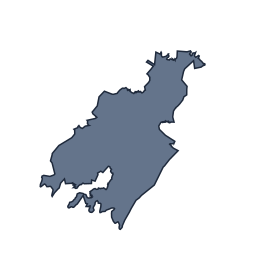 outline of Tepecoacuilco de Trujano, Guerrero, Mexico, rotated 28°
{"feature_id": "50627088B4261822840541", "entity_name": "Tepecoacuilco de Trujano", "entity_type": "district", "adm_level": 2, "iso_a3": "MEX", "parent_name": "Mexico", "parent_adm1": "Guerrero", "projection": "equal_earth", "projection_center": [-99.467, 18.127], "detail": "fine", "context": "isolated", "style": "filled", "palette": "slate", "viewbox_px": 256, "rotation_deg": 28, "n_neighbors": 0, "source": "geoboundaries", "source_scale": "gbopen_adm2", "svg_char_len": 5859}
<svg xmlns="http://www.w3.org/2000/svg" viewBox="0 0 256 256"><g transform="rotate(28 128 128)"><path d="M74.7,210.9L75.1,212.3L75.7,212.4L76.2,213.2L76.8,215.4L77.1,218.8L78.0,220.9L78.4,221.0L78.7,220.7L80.5,216.7L80.9,216.6L82.0,216.8L83.9,217.9L85.0,217.3L86.5,216.1L87.2,215.9L90.5,217.4L91.0,218.1L92.1,222.5L92.5,223.5L93.2,224.0L93.5,219.8L94.8,214.8L95.4,213.3L94.4,208.2L95.8,202.8L99.0,206.5L104.0,203.4L104.8,202.5L105.1,203.2L105.8,202.8L106.2,203.7L107.0,202.1L107.0,203.0L107.2,202.7L108.0,202.7L107.7,203.1L107.7,204.3L108.6,204.2L108.3,204.6L108.6,204.9L108.1,205.4L107.9,206.0L108.3,205.7L108.6,205.9L109.6,205.7L110.1,205.9L110.5,205.7L111.3,204.8L111.4,204.3L111.2,203.3L111.5,202.8L111.5,202.1L112.4,200.3L113.1,200.2L114.1,197.8L115.5,197.8L121.8,194.2L120.3,191.0L123.9,190.4L123.4,183.3L122.3,182.1L124.3,178.9L126.7,179.1L128.6,171.1L128.9,170.9L130.1,170.8L130.6,171.1L131.3,171.9L132.8,172.2L132.7,173.5L133.2,174.7L133.6,174.7L134.7,175.4L135.1,175.4L135.7,175.0L136.5,175.9L136.4,176.9L136.6,177.1L136.6,177.8L136.8,178.5L136.8,179.2L137.7,180.8L137.3,181.4L137.0,183.2L136.8,185.2L137.0,186.7L136.4,186.5L136.6,187.6L137.4,188.4L137.6,189.1L137.6,189.4L137.5,189.7L137.7,190.0L137.8,191.8L137.6,192.6L136.9,192.8L136.3,192.4L134.6,192.3L134.2,193.0L133.0,193.6L132.4,194.4L131.5,194.4L130.6,195.1L130.1,195.0L130.2,195.8L130.1,196.2L129.1,196.9L128.7,197.1L127.4,196.9L126.5,197.7L126.0,198.6L125.3,200.3L124.9,200.9L124.5,201.7L124.8,202.0L124.4,202.2L124.8,202.7L125.1,203.6L125.4,204.0L125.8,203.9L125.8,204.2L126.2,204.3L126.3,204.8L126.6,204.7L126.6,205.1L127.2,204.8L127.1,205.3L127.8,204.8L127.8,205.1L128.2,205.3L128.0,205.7L128.2,206.1L128.8,205.9L128.6,206.5L128.1,207.0L127.6,207.2L126.3,208.3L124.7,208.6L122.1,206.6L120.0,207.1L119.1,206.9L115.7,207.9L114.1,209.9L114.5,212.0L114.7,212.3L114.8,213.0L114.3,214.2L114.5,215.3L113.8,217.2L113.7,218.2L113.5,218.7L112.9,219.7L111.4,221.0L111.7,222.4L111.6,225.1L111.9,225.9L112.8,226.4L113.5,226.2L114.8,224.2L115.1,224.0L116.6,223.9L117.2,223.5L117.4,223.1L118.3,219.9L118.9,219.0L120.1,208.7L126.1,214.4L127.7,214.0L127.8,217.0L129.4,216.2L129.9,216.2L130.6,214.9L131.2,214.6L131.8,216.4L131.7,217.3L132.0,218.7L132.2,219.2L132.6,219.6L133.4,220.0L134.4,220.0L135.6,219.5L136.0,218.9L136.3,218.1L136.6,216.6L136.5,216.3L135.0,215.1L134.6,214.2L134.7,211.3L134.5,210.3L134.1,209.7L134.0,209.1L134.2,207.7L135.0,206.6L136.3,207.2L137.0,208.3L139.0,207.5L139.5,207.6L140.1,208.3L140.9,210.2L142.1,214.5L142.6,215.5L143.1,215.8L143.6,215.4L144.5,213.9L146.9,212.4L147.4,210.7L149.8,208.0L150.8,206.6L152.0,205.8L153.3,205.3L153.9,205.4L154.0,205.7L153.9,206.8L152.8,209.3L153.5,211.1L155.4,214.4L158.8,217.2L161.0,218.2L161.6,218.0L162.6,216.3L163.0,215.7L163.5,215.6L165.2,216.8L166.1,217.7L166.6,219.5L167.3,220.7L168.0,221.2L168.9,221.0L168.9,220.4L169.3,219.4L169.4,218.0L168.9,217.0L168.4,210.9L168.7,201.4L168.6,197.7L169.0,188.0L170.7,184.5L171.5,181.2L178.0,166.0L177.4,146.0L178.0,144.3L179.4,136.4L182.9,124.5L177.5,124.5L175.5,123.9L175.2,124.0L175.1,123.6L173.0,122.8L172.6,122.8L172.1,123.3L172.3,122.7L172.7,122.0L174.2,121.4L175.6,120.0L175.8,120.2L175.6,117.8L164.5,116.9L156.4,114.5L154.2,111.8L154.4,107.6L155.1,107.0L154.9,106.9L155.4,106.9L155.3,106.5L156.3,105.9L156.6,105.9L156.7,106.2L156.9,106.0L156.7,105.6L157.2,105.0L157.7,104.9L157.9,105.5L158.2,105.3L157.9,105.1L158.2,104.7L158.1,104.4L158.6,104.6L158.6,104.2L159.4,103.7L160.3,104.0L160.3,104.5L160.6,103.9L160.9,103.8L160.9,103.3L161.6,103.8L162.0,103.5L161.9,103.9L162.4,103.8L163.4,102.4L165.9,101.2L162.3,97.3L160.2,91.6L160.5,88.6L160.8,87.8L160.6,87.6L161.5,85.5L162.3,82.7L163.2,77.6L162.7,74.2L164.3,71.2L161.6,66.0L160.6,63.5L152.8,60.3L150.5,51.9L150.3,49.1L154.3,37.8L158.9,44.1L164.0,39.9L164.8,38.1L166.2,36.4L166.3,36.2L165.9,35.4L165.3,35.3L165.0,35.4L165.0,35.7L164.8,35.6L164.4,35.9L164.1,35.5L163.7,35.5L161.7,34.6L159.9,34.3L158.9,33.7L157.3,33.5L157.4,33.0L157.2,32.4L157.3,31.8L157.1,31.2L156.8,31.5L156.2,31.0L154.6,33.8L153.4,33.4L152.4,32.4L152.5,31.0L152.2,29.6L151.9,30.2L150.7,30.9L149.8,31.9L150.4,33.8L150.1,34.4L149.6,34.7L148.6,34.1L147.9,34.1L147.8,33.2L147.5,33.1L148.1,31.2L146.9,30.6L144.4,33.0L135.4,36.9L137.8,42.0L138.1,43.5L137.7,44.5L137.3,44.9L138.0,46.1L137.5,45.8L137.6,46.0L137.2,45.8L136.8,45.6L136.5,46.3L134.9,46.1L135.6,46.8L133.0,47.1L132.6,47.6L132.6,48.0L132.7,48.4L133.2,48.3L130.5,49.2L129.9,49.1L129.6,48.1L130.0,47.0L130.4,46.5L130.4,45.4L130.1,45.0L129.9,44.9L129.1,44.2L129.0,43.6L128.7,43.8L128.9,44.2L128.7,44.9L128.5,45.2L128.0,46.7L126.1,48.5L125.0,49.2L123.5,48.5L122.3,46.0L121.6,45.5L121.6,45.9L121.6,46.3L121.8,46.6L121.7,47.3L121.5,47.7L117.0,47.9L121.7,59.6L113.9,58.9L113.4,61.1L121.3,61.5L120.6,65.8L119.3,71.3L121.1,71.7L123.1,72.9L123.4,72.9L124.9,75.8L124.8,78.1L123.2,83.7L125.5,86.4L125.0,86.9L124.7,89.1L124.1,90.2L123.5,90.5L123.0,90.2L122.3,90.3L122.0,90.0L121.7,90.4L121.5,90.2L120.6,91.0L119.8,90.3L119.4,90.9L119.5,91.6L118.8,91.8L118.8,92.5L118.0,92.2L117.5,92.4L117.9,93.1L117.8,93.5L117.6,93.6L117.2,93.3L117.0,94.4L116.9,94.3L116.7,94.7L114.6,95.0L113.5,94.7L112.6,94.7L112.3,93.8L112.0,93.4L111.9,94.0L111.4,94.1L111.4,93.5L110.8,93.6L111.0,93.9L110.3,94.5L110.2,94.9L109.8,94.8L109.8,94.6L108.7,93.7L107.2,93.3L105.9,95.0L104.9,95.1L104.3,95.6L103.0,98.3L102.4,100.8L102.2,102.5L99.3,105.1L98.1,105.6L89.9,106.6L87.8,114.1L90.5,122.9L88.9,130.8L90.4,132.0L93.4,132.6L94.0,133.0L94.4,132.8L95.5,133.2L94.7,134.9L88.3,140.4L89.1,140.6L89.1,141.1L89.8,142.2L89.8,142.7L90.1,142.9L90.3,143.3L91.0,143.4L91.3,144.0L92.5,144.0L89.4,146.4L87.9,149.8L85.6,150.0L83.5,148.9L83.1,150.2L83.5,151.2L80.8,154.5L81.9,154.9L83.8,158.3L82.9,163.0L75.2,175.9L73.1,186.0L73.6,187.3L75.0,193.4L77.4,194.5L85.0,202.9L84.6,204.3L81.8,207.4L75.8,209.4L74.7,210.9Z" fill="#64748b" stroke="#1e293b" stroke-width="1.5"/></g></svg>